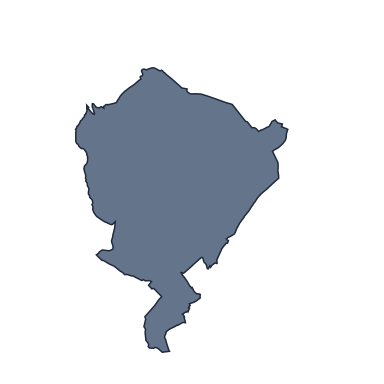 outline of Cetateni, Arges, Romania, rotated 243°
{"feature_id": "2599482B24433695468767", "entity_name": "Cetateni", "entity_type": "district", "adm_level": 2, "iso_a3": "ROU", "parent_name": "Romania", "parent_adm1": "Arges", "projection": "equal_earth", "projection_center": [25.212, 45.189], "detail": "fine", "context": "isolated", "style": "filled", "palette": "slate", "viewbox_px": 384, "rotation_deg": 243, "n_neighbors": 0, "source": "geoboundaries", "source_scale": "gbopen_adm2", "svg_char_len": 5992}
<svg xmlns="http://www.w3.org/2000/svg" viewBox="0 0 384 384"><g transform="rotate(243 192 192)"><path d="M311.3,221.3L311.3,221.1L312.3,221.0L313.5,220.7L314.3,220.3L314.3,218.7L314.5,218.4L315.0,218.0L317.5,216.4L318.4,215.6L319.1,215.2L319.8,214.5L320.1,214.0L320.4,213.5L320.8,212.5L321.0,211.7L321.0,211.4L321.2,210.6L321.3,209.7L321.4,208.7L321.4,207.8L321.5,207.1L321.7,206.8L322.8,205.7L323.2,205.1L323.4,204.8L323.7,203.8L323.6,203.3L323.5,202.7L323.2,202.3L322.7,202.0L322.3,201.8L322.0,201.8L320.3,201.8L319.9,201.7L319.2,201.5L318.9,201.3L318.6,201.0L318.3,200.4L318.2,199.9L318.2,199.6L318.4,199.0L318.4,198.7L318.3,198.3L318.1,198.2L317.9,198.0L317.3,197.9L316.5,197.8L315.8,197.6L315.4,194.7L314.0,189.4L313.2,182.8L312.5,179.7L312.3,178.2L311.8,176.4L310.9,173.7L309.7,171.1L308.5,169.3L307.8,167.8L306.1,165.3L306.1,164.7L306.6,161.9L307.7,157.5L308.3,156.2L308.7,155.6L308.9,154.9L308.8,154.2L308.4,153.5L308.3,153.3L308.4,152.8L308.4,152.4L308.3,152.1L308.1,151.8L307.9,151.8L306.8,151.5L308.7,150.2L308.9,150.1L309.1,149.9L309.3,149.6L309.0,148.0L309.3,146.9L311.1,145.1L315.4,144.2L315.9,143.3L314.6,142.5L313.0,141.7L311.7,141.6L309.1,141.2L308.0,140.9L306.2,140.8L305.7,140.3L305.6,139.9L306.7,139.2L308.5,138.5L312.0,137.7L313.3,137.0L314.0,138.3L314.8,138.3L315.7,138.0L317.1,137.6L315.3,136.8L314.3,136.2L312.3,135.4L312.0,135.2L311.6,134.9L310.5,133.5L309.5,132.3L309.5,132.0L309.5,131.7L309.4,131.3L309.2,131.1L308.9,130.9L308.4,130.7L308.1,130.5L307.5,128.7L306.7,127.3L306.6,127.2L306.5,126.9L306.3,126.6L306.2,126.0L306.2,125.9L306.2,125.7L306.1,125.2L305.8,124.8L305.0,123.9L304.0,122.6L303.6,122.0L303.1,120.8L302.8,119.7L302.4,119.8L302.3,119.2L302.1,118.8L302.0,118.6L301.7,118.4L301.3,117.9L301.2,117.6L301.1,117.4L300.8,117.0L300.7,116.9L300.7,116.7L299.4,116.6L297.5,115.3L295.8,114.5L289.9,111.4L287.5,111.3L286.2,112.1L284.6,112.0L282.9,112.3L280.8,113.3L280.4,114.4L279.2,115.3L277.2,115.5L276.3,115.8L273.8,115.7L272.7,115.1L271.3,115.2L268.0,113.6L266.1,112.3L264.9,110.7L264.0,108.0L261.9,106.3L259.0,105.5L257.0,105.3L254.5,104.6L252.5,103.3L251.2,103.3L250.1,102.4L249.4,102.3L247.8,102.7L244.8,101.6L242.0,101.8L238.0,99.1L236.9,98.8L235.7,99.1L233.8,98.5L232.4,98.7L231.4,99.2L229.5,99.4L227.2,98.6L226.0,97.0L223.9,97.1L221.6,95.6L218.1,95.2L213.7,95.9L212.1,96.7L207.8,99.0L205.0,100.7L203.4,102.3L202.4,102.7L201.6,103.5L199.6,105.1L199.2,106.5L200.4,110.2L195.1,106.8L190.2,102.5L188.0,100.9L185.0,98.1L183.4,97.6L179.8,97.1L177.6,96.0L177.0,95.2L177.2,91.7L177.5,91.1L181.1,85.7L180.7,82.7L179.8,80.6L179.4,78.2L172.0,80.7L171.1,82.1L165.3,85.7L161.2,89.0L154.1,92.1L151.7,93.7L149.0,94.4L147.8,97.0L145.0,99.6L143.8,101.4L135.9,107.1L135.9,109.0L134.0,110.1L132.3,114.0L130.5,115.2L128.7,110.9L123.9,112.2L123.5,114.1L112.5,117.5L111.2,113.6L107.9,107.6L102.3,93.4L99.7,93.0L93.8,88.0L91.1,88.4L88.0,86.4L80.8,83.6L77.0,84.3L75.4,83.9L74.1,82.8L72.4,83.2L70.2,86.9L70.3,88.5L68.7,90.4L62.7,92.8L60.3,99.6L61.2,99.5L61.9,99.6L68.2,100.6L72.5,101.5L74.9,101.5L76.2,102.5L77.5,104.2L79.2,105.7L80.0,109.6L79.9,116.5L80.3,118.2L79.7,118.6L79.9,124.8L78.5,126.8L79.9,127.3L83.5,127.9L83.5,128.2L84.6,128.7L85.0,128.5L85.9,128.5L87.0,128.4L87.5,128.1L87.8,130.8L87.8,132.5L87.5,132.6L87.8,134.0L87.1,134.1L89.7,137.1L90.7,136.4L91.7,138.9L93.6,138.7L92.9,143.6L93.0,146.6L93.2,147.8L93.5,148.7L93.6,149.6L93.6,150.6L93.8,151.0L94.0,151.3L94.4,151.4L95.1,151.7L95.5,151.8L96.0,152.2L96.5,152.7L96.6,152.8L96.9,152.9L97.2,152.7L98.4,151.5L98.7,151.1L99.0,150.1L99.2,149.9L99.4,149.7L99.9,149.6L100.9,149.2L102.4,148.7L106.9,148.8L106.8,148.0L107.3,148.0L109.3,147.4L110.3,147.3L112.5,147.2L115.5,147.0L116.1,146.9L118.9,146.5L121.2,146.0L122.4,145.8L123.7,145.7L124.4,145.7L124.8,145.6L125.2,145.6L125.3,145.7L125.3,145.8L125.1,146.0L123.8,147.1L123.5,147.6L123.6,148.4L123.9,149.9L124.6,152.4L124.9,153.9L125.9,157.5L127.0,161.3L127.7,163.8L128.2,166.1L128.6,167.0L128.8,168.1L128.9,168.5L129.0,169.1L129.3,170.4L129.3,171.0L129.1,171.2L128.9,171.4L128.6,171.5L128.2,171.6L127.6,171.6L127.0,171.5L125.7,171.1L124.3,170.9L123.6,171.0L121.8,171.6L120.6,171.6L119.9,171.6L119.2,171.5L117.7,171.0L117.2,170.9L116.9,170.9L116.6,171.0L116.3,171.2L116.2,171.3L116.1,171.7L118.1,174.4L116.5,174.4L117.6,176.5L118.4,180.4L117.2,181.3L117.2,182.2L118.2,182.3L120.8,183.8L121.0,184.2L122.0,185.5L124.2,188.2L125.0,189.3L126.0,190.6L127.0,191.7L127.9,192.9L129.0,195.0L129.3,195.5L130.3,198.1L130.9,199.2L130.9,199.3L130.3,200.2L130.5,200.8L132.3,202.4L132.7,201.7L134.6,201.3L134.5,201.7L134.6,202.1L135.0,202.8L135.1,203.6L135.0,204.8L135.1,206.4L135.0,206.9L135.1,207.8L135.2,209.4L135.4,210.8L136.2,212.0L139.1,215.2L140.2,217.0L142.5,220.1L143.0,221.1L143.8,222.7L144.4,223.8L145.0,225.2L145.7,226.5L146.1,227.2L146.3,227.4L146.7,228.0L148.7,232.7L149.5,234.4L150.3,235.8L151.8,238.1L152.5,239.7L153.9,241.9L154.8,244.0L155.3,244.8L156.8,247.3L157.7,249.3L158.2,250.8L158.5,251.9L158.8,252.4L159.0,253.0L159.3,254.3L159.8,256.1L160.7,260.4L161.8,263.8L162.1,265.2L163.0,268.0L163.3,269.5L163.5,269.7L163.7,270.9L164.0,271.7L164.1,272.1L164.2,272.7L164.9,275.5L167.5,276.7L172.0,278.2L175.5,280.3L179.2,281.9L191.6,282.2L192.1,284.1L192.3,289.2L193.8,294.8L195.7,298.6L197.4,300.4L201.2,302.7L204.3,305.8L207.5,303.2L209.5,301.3L209.8,301.7L210.5,302.6L211.6,303.4L214.4,300.0L217.3,298.9L218.6,298.8L218.5,297.1L218.6,296.1L218.6,295.7L218.4,295.0L217.5,293.9L217.0,293.1L216.4,292.0L216.1,291.6L215.9,291.4L215.7,291.0L215.5,290.5L215.4,290.1L215.4,289.5L215.6,287.8L215.6,287.3L215.5,286.1L215.5,282.7L215.9,281.8L215.7,278.9L219.3,277.9L220.7,277.0L222.2,274.5L229.3,273.2L230.7,271.8L251.7,267.6L253.5,265.9L254.0,265.2L255.4,263.8L256.9,262.2L257.8,261.4L260.7,258.6L261.8,257.7L262.5,256.9L263.9,255.7L265.3,254.3L270.4,249.4L275.0,244.7L276.2,242.8L278.3,239.0L280.0,235.2L282.9,233.5L284.5,233.3L286.0,234.4L289.3,230.2L298.7,226.6L302.0,225.3L308.6,222.3L310.5,221.8L311.3,221.3Z" fill="#64748b" stroke="#1e293b" stroke-width="1.5"/></g></svg>